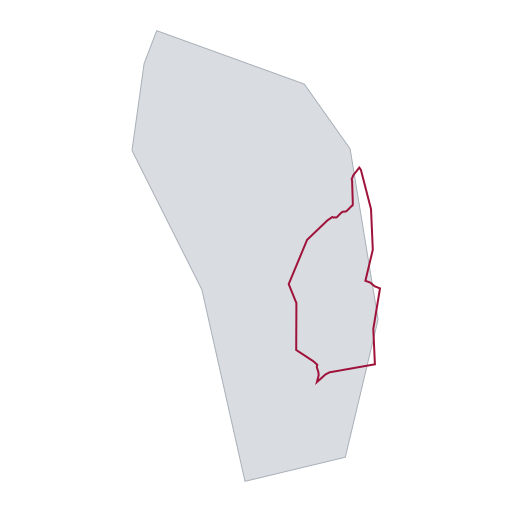 Dominica, with Saint David highlighted
{"feature_id": "DMA-1433", "entity_name": "Saint David", "entity_type": "Parish", "adm_level": 1, "iso_a3": "DMA", "parent_name": "Dominica", "parent_adm1": "", "projection": "orthographic", "projection_center": [-61.287, 15.413], "detail": "fine", "context": "in_parent", "style": "outline", "palette": "rose", "viewbox_px": 512, "rotation_deg": 0, "n_neighbors": 0, "source": "natural_earth", "source_scale": "10m", "svg_char_len": 966}
<svg xmlns="http://www.w3.org/2000/svg" viewBox="0 0 512 512"><path d="M345.3,457.2L245.0,481.3L201.9,289.7L132.0,150.5L144.1,63.6L156.7,30.7L304.3,84.1L350.1,148.9L378.1,319.4L345.3,457.2Z" fill="#d9dde1" stroke="#a8b0b8" stroke-width="1"/><path d="M359.3,167.6L360.9,169.9L371.0,209.0L372.8,249.7L365.4,280.8L370.3,282.6L374.7,286.3L380.0,288.4L373.3,328.9L374.9,364.3L329.6,372.3L325.5,374.4L316.9,382.1L318.6,375.6L318.6,374.4L318.4,372.3L317.9,370.5L317.1,368.2L316.9,367.4L316.8,366.6L317.3,364.8L313.7,361.5L296.2,350.0L296.4,303.1L288.7,284.1L307.1,239.8L327.4,220.4L332.3,217.0L332.7,217.2L333.2,217.4L333.6,217.6L333.9,217.5L334.6,217.3L335.0,217.4L335.8,217.5L336.1,217.5L336.9,217.1L337.8,216.3L339.6,214.3L342.3,211.9L342.7,211.8L343.1,211.7L344.8,211.6L345.3,211.6L345.9,211.4L346.5,211.0L347.6,210.1L351.5,206.1L352.2,205.6L352.6,205.5L352.8,203.3L352.1,180.8L351.7,179.2L353.4,175.1L359.3,167.6Z" fill="none" stroke="#9f1239" stroke-width="2"/></svg>